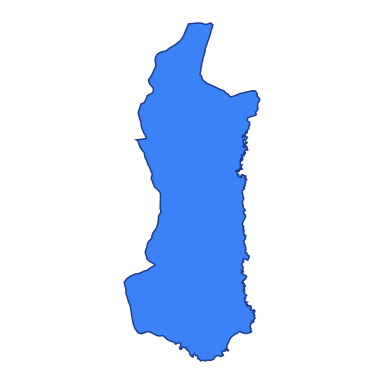 Samfya, Luapula, Zambia (Robinson projection)
{"feature_id": "96606910B51649803270254", "entity_name": "Samfya", "entity_type": "district", "adm_level": 2, "iso_a3": "ZMB", "parent_name": "Zambia", "parent_adm1": "Luapula", "projection": "robinson", "projection_center": [29.71, -11.747], "detail": "fine", "context": "isolated", "style": "filled", "palette": "blue", "viewbox_px": 384, "rotation_deg": 0, "n_neighbors": 0, "source": "geoboundaries", "source_scale": "gbopen_adm2", "svg_char_len": 6070}
<svg xmlns="http://www.w3.org/2000/svg" viewBox="0 0 384 384"><path d="M188.6,23.9L183.0,36.9L180.4,40.6L174.0,45.6L169.2,48.3L166.1,50.9L161.9,51.8L159.3,52.9L157.1,54.5L155.9,56.7L155.2,58.9L155.2,60.9L156.0,65.9L151.2,76.2L148.5,79.8L148.6,81.2L149.8,84.0L153.1,87.9L153.4,89.4L153.1,91.9L152.5,92.9L147.2,95.7L146.1,99.1L144.2,102.6L141.4,103.8L140.9,104.5L138.5,111.6L138.3,112.6L138.5,114.3L141.0,122.7L141.6,127.2L143.0,131.1L144.2,133.5L145.2,134.5L145.4,136.1L146.4,137.3L146.2,138.6L136.4,139.9L137.5,140.5L138.1,141.5L140.0,147.1L142.0,150.0L144.0,152.2L145.2,157.8L146.3,159.5L148.1,164.9L149.4,166.7L151.2,171.8L152.1,173.4L152.2,174.8L151.2,178.3L153.5,184.3L154.8,187.2L156.4,188.4L160.0,192.2L160.5,194.7L160.2,208.3L160.8,210.8L160.8,212.5L159.0,215.2L158.4,217.0L158.6,219.1L158.0,221.5L157.9,223.7L156.3,228.3L153.1,232.8L152.0,235.5L151.8,237.6L151.0,239.1L148.4,241.7L147.3,244.1L147.0,247.2L146.0,249.4L145.2,252.6L146.4,256.2L146.8,258.4L147.1,258.9L149.2,261.2L153.8,263.7L154.7,264.5L154.9,265.3L152.0,266.9L146.4,270.7L144.5,270.9L138.8,273.6L135.4,274.0L130.6,276.0L126.9,278.7L124.4,281.9L124.3,282.8L125.9,288.9L126.0,293.7L127.1,296.6L128.0,300.1L130.3,306.2L132.3,318.7L133.3,323.7L134.9,328.3L137.5,332.1L138.6,333.1L141.3,333.7L147.4,331.7L149.3,331.6L156.5,335.3L159.0,336.0L163.0,335.6L167.3,339.5L170.4,341.1L174.3,342.2L175.4,344.1L178.7,342.7L180.2,343.1L180.7,343.5L180.5,344.3L180.7,346.1L179.6,347.7L179.7,348.6L180.4,349.2L181.3,349.3L182.5,347.1L183.2,347.0L184.6,347.8L186.0,347.5L186.6,347.8L186.7,348.2L186.3,348.9L186.5,349.6L188.5,350.9L189.3,352.1L190.2,355.0L191.8,356.6L193.3,356.9L193.5,356.6L192.9,355.2L194.4,353.8L195.6,355.6L197.5,355.8L197.9,356.3L197.9,357.1L197.5,358.6L199.5,359.2L200.5,360.8L203.3,360.2L205.4,361.0L206.8,360.2L211.3,360.2L214.0,358.9L215.1,356.8L217.1,355.6L220.7,356.3L223.0,355.6L223.5,355.1L222.2,353.4L222.2,352.4L221.8,351.8L222.0,351.4L223.8,351.0L225.1,351.1L225.4,350.5L225.3,349.0L226.0,348.9L227.2,350.5L228.2,350.8L228.5,350.2L227.1,348.7L226.7,347.5L227.0,345.6L229.8,339.1L231.2,337.1L235.0,334.2L236.8,333.5L238.8,331.9L239.8,331.5L243.4,333.1L246.5,333.5L249.6,332.7L251.4,331.8L250.9,331.3L251.3,330.8L250.5,329.6L251.0,328.8L250.4,328.2L250.5,326.9L250.0,326.7L250.4,325.8L250.4,324.4L250.7,323.7L251.7,323.5L251.5,322.2L252.3,321.8L252.4,321.2L253.7,322.0L253.9,321.2L253.4,320.2L254.9,318.3L255.0,317.7L254.1,316.5L254.5,316.0L254.7,314.9L253.7,313.1L253.0,313.0L252.9,312.5L254.3,311.5L254.8,311.7L254.9,311.0L253.8,309.7L252.2,310.6L251.5,310.1L250.4,310.2L250.4,308.7L251.2,308.2L251.4,307.6L250.5,305.9L250.2,305.7L249.5,306.4L249.1,305.6L248.2,305.5L247.6,306.2L247.3,306.2L246.4,304.7L247.3,304.6L246.2,303.3L247.3,302.2L245.6,302.0L245.1,302.3L244.6,302.0L245.2,300.2L244.3,298.4L245.7,298.0L245.8,297.5L245.4,297.3L245.4,296.6L246.6,295.4L244.9,294.0L243.5,291.3L244.7,291.0L244.5,290.3L243.5,289.6L244.6,289.0L243.9,287.8L243.9,286.7L243.5,285.8L244.0,285.7L245.0,286.5L245.2,285.9L244.1,283.8L243.2,283.2L242.1,283.2L241.9,282.7L243.2,282.6L243.3,281.9L242.7,281.4L242.7,280.5L244.5,279.9L244.8,278.9L245.5,278.9L246.6,276.5L245.7,275.5L243.6,274.7L242.4,273.1L241.3,272.9L241.5,272.2L242.8,271.9L241.8,270.6L243.1,271.0L242.5,269.5L243.2,268.0L242.7,266.2L242.2,265.8L242.2,265.1L241.5,264.3L242.5,262.6L243.6,262.0L243.0,260.5L243.5,260.2L243.5,258.9L245.7,259.3L247.7,260.2L248.7,258.4L249.1,256.5L248.9,255.5L247.6,255.2L247.2,254.7L246.8,252.9L246.1,252.9L245.5,252.2L245.2,250.8L245.8,250.5L245.6,249.8L245.9,248.7L245.2,245.6L243.7,241.4L245.2,238.9L245.5,237.6L245.2,236.8L245.8,236.1L245.2,235.9L245.3,235.2L244.2,235.0L243.9,234.4L244.0,233.7L243.6,232.9L243.8,231.3L244.2,230.6L243.5,230.1L243.3,228.9L243.6,228.4L243.5,228.2L243.1,228.3L243.0,227.7L243.6,227.3L243.6,226.8L243.3,225.8L242.4,225.2L242.3,224.3L243.2,221.2L244.6,219.0L245.6,216.3L245.3,215.0L243.4,213.3L243.8,211.5L245.2,210.4L243.1,207.4L243.3,205.5L242.7,204.7L242.8,203.5L242.3,202.2L242.3,201.3L243.0,200.7L243.0,199.9L243.8,198.6L242.6,195.0L242.7,194.5L241.9,191.2L242.2,190.5L244.3,189.0L244.3,187.9L243.8,187.5L244.5,187.1L244.2,186.1L245.2,185.5L244.9,184.6L245.7,182.6L245.2,180.9L246.6,179.9L246.0,179.6L246.0,178.5L245.4,178.6L245.0,178.3L245.0,178.0L245.7,178.2L245.7,176.0L245.3,176.0L244.9,176.8L244.4,175.6L242.6,174.7L241.4,176.9L241.1,175.7L240.3,177.4L238.5,176.7L238.3,176.4L238.8,176.1L238.7,174.6L237.7,175.0L237.2,172.3L235.7,171.4L235.7,171.0L236.1,170.5L236.4,170.6L238.0,171.8L238.3,171.5L237.6,170.6L238.2,169.7L239.4,170.8L239.9,168.9L240.4,169.6L242.2,169.1L242.1,168.5L240.6,167.5L241.2,167.0L240.5,165.8L241.7,165.5L242.1,164.9L240.4,164.7L240.3,164.4L240.2,159.7L240.7,159.3L241.0,159.4L241.3,160.9L242.6,159.9L242.8,158.2L241.3,157.8L241.3,157.6L242.3,157.3L241.7,155.1L243.0,155.8L244.0,155.7L244.2,154.7L245.5,153.2L245.4,152.8L243.8,153.2L243.8,152.6L245.7,150.0L247.2,150.1L247.7,149.8L246.6,148.6L247.3,147.3L246.6,146.9L245.5,145.3L245.0,145.6L244.3,147.5L243.3,147.1L243.1,146.4L243.7,144.8L246.3,143.6L247.1,142.7L246.8,142.1L245.8,142.0L245.2,143.5L243.5,143.1L243.1,141.4L243.4,139.5L243.9,139.2L244.3,140.4L245.0,140.6L246.3,139.4L247.3,137.2L246.0,136.8L245.4,135.8L242.5,137.3L242.2,137.3L242.0,136.7L242.6,135.5L243.5,135.0L244.4,135.2L245.4,134.0L245.8,131.6L246.2,131.9L246.4,132.9L247.1,132.8L247.3,130.7L248.8,128.3L248.8,126.8L249.5,125.6L249.7,124.0L249.4,122.1L247.9,121.3L247.3,120.2L247.5,118.6L248.2,117.7L249.0,117.2L254.9,115.5L256.0,114.7L256.3,114.0L255.7,113.2L255.6,112.1L257.5,109.9L258.0,108.2L257.5,105.8L257.7,103.3L259.4,100.9L259.7,99.5L258.8,97.5L257.2,96.2L257.1,93.9L256.4,92.2L255.4,91.0L252.6,90.7L239.8,93.6L234.2,96.0L231.5,96.7L230.1,96.7L227.8,94.0L225.4,92.6L223.8,90.7L221.4,90.0L206.8,83.2L202.9,80.1L201.8,77.9L201.5,75.9L199.9,74.4L200.6,71.7L201.0,67.3L201.6,65.8L201.7,62.9L202.6,61.3L202.8,58.9L205.1,51.0L205.2,48.9L210.6,33.1L211.1,30.3L212.4,27.0L212.8,24.6L211.9,24.2L210.7,23.0L206.5,24.4L203.9,24.1L202.3,23.3L198.0,23.0L188.6,23.9Z" fill="#3b82f6" stroke="#1e3a8a" stroke-width="1.5"/></svg>